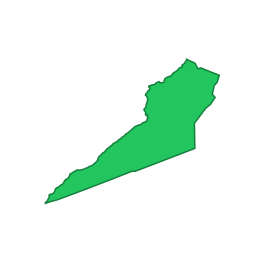 the district of Lee, Virginia, United States of America, rotated 339°
{"feature_id": "52423323B58891806089473", "entity_name": "Lee", "entity_type": "district", "adm_level": 2, "iso_a3": "USA", "parent_name": "United States of America", "parent_adm1": "Virginia", "projection": "albers", "projection_center": [-83.241, 36.743], "detail": "fine", "context": "isolated", "style": "filled", "palette": "green", "viewbox_px": 256, "rotation_deg": 339, "n_neighbors": 0, "source": "geoboundaries", "source_scale": "gbopen_adm2", "svg_char_len": 2411}
<svg xmlns="http://www.w3.org/2000/svg" viewBox="0 0 256 256"><g transform="rotate(339 128 128)"><path d="M73.4,150.6L72.1,150.6L68.4,150.2L67.0,149.7L65.8,149.0L64.9,148.9L64.4,149.0L64.1,149.3L62.8,149.4L61.7,149.3L60.7,149.8L58.1,150.2L57.6,150.1L57.0,150.5L56.8,151.0L56.8,151.4L54.7,152.9L53.5,153.5L51.9,153.7L49.9,154.4L49.2,155.2L48.3,156.0L46.5,157.1L44.9,157.2L41.1,158.5L40.6,158.5L40.3,158.3L40.0,158.2L39.5,158.4L38.0,159.3L37.5,160.1L36.7,161.1L35.5,161.9L34.6,162.2L33.2,162.5L32.1,162.0L30.9,162.1L30.1,162.5L29.9,164.3L28.0,165.7L26.6,167.1L26.1,167.4L24.4,167.7L24.1,168.2L23.9,168.8L25.1,168.8L30.7,169.1L36.0,169.7L51.2,169.9L70.8,170.0L93.2,170.0L116.0,169.8L119.5,171.0L122.0,171.0L122.3,171.0L173.2,171.0L173.4,171.0L183.1,171.0L191.7,147.4L207.3,137.6L213.6,135.4L220.3,130.7L218.8,126.8L223.6,119.4L227.6,117.2L232.1,111.5L225.1,105.1L217.5,97.9L214.6,97.9L213.7,91.4L207.5,85.0L207.4,85.9L207.2,86.0L206.0,86.2L205.3,86.7L204.8,87.4L203.5,88.0L201.0,88.7L200.7,89.0L200.7,89.5L200.8,89.9L200.7,90.2L200.1,90.4L199.8,90.3L197.4,90.4L193.9,92.3L190.6,92.7L188.5,93.7L186.4,95.1L186.0,95.1L185.6,94.7L184.3,94.5L182.1,94.7L179.9,95.4L178.7,96.8L178.1,98.0L177.4,98.1L176.6,98.1L174.5,97.4L173.9,96.9L173.6,95.8L173.3,95.8L169.8,96.1L169.3,96.5L168.6,96.9L167.5,96.8L165.6,96.3L164.8,96.9L164.3,96.8L163.6,96.3L162.8,96.1L162.1,97.2L162.6,98.9L162.2,100.0L161.2,100.1L159.5,100.8L159.1,101.4L158.5,101.9L156.8,102.6L156.1,103.4L156.1,103.7L156.2,104.1L156.6,104.6L156.8,105.2L156.9,107.7L155.8,109.8L154.7,111.1L154.1,111.7L153.2,112.9L152.2,114.8L151.2,115.6L149.9,116.0L149.3,117.1L150.0,118.8L149.9,120.4L149.4,121.2L149.1,121.7L149.1,122.0L150.7,122.9L150.4,123.0L149.9,123.9L150.1,124.3L150.2,125.9L149.4,126.2L148.7,127.1L148.2,128.1L146.0,128.5L143.5,128.4L142.4,129.1L141.1,129.3L139.1,129.1L134.8,129.2L133.6,129.8L128.9,131.5L125.2,132.8L124.7,132.7L122.9,133.3L120.8,134.3L118.9,134.5L117.6,135.2L116.8,135.4L116.2,135.4L113.8,136.2L113.5,136.5L113.3,136.6L108.9,137.2L107.9,137.6L107.5,137.9L106.9,138.2L100.6,140.1L99.1,141.0L98.8,141.3L98.2,141.5L97.9,141.6L97.5,142.0L96.9,142.4L96.6,142.4L96.2,142.0L95.8,142.1L94.9,142.6L90.7,144.4L89.9,144.8L88.5,146.4L88.5,146.5L88.6,146.9L88.4,147.2L84.7,148.9L83.0,149.5L82.0,149.9L80.1,150.1L79.0,150.2L78.0,150.0L76.4,150.5L74.8,150.6L74.1,150.3L73.4,150.6L73.4,150.6Z" fill="#22c55e" stroke="#15803d" stroke-width="1.5"/></g></svg>